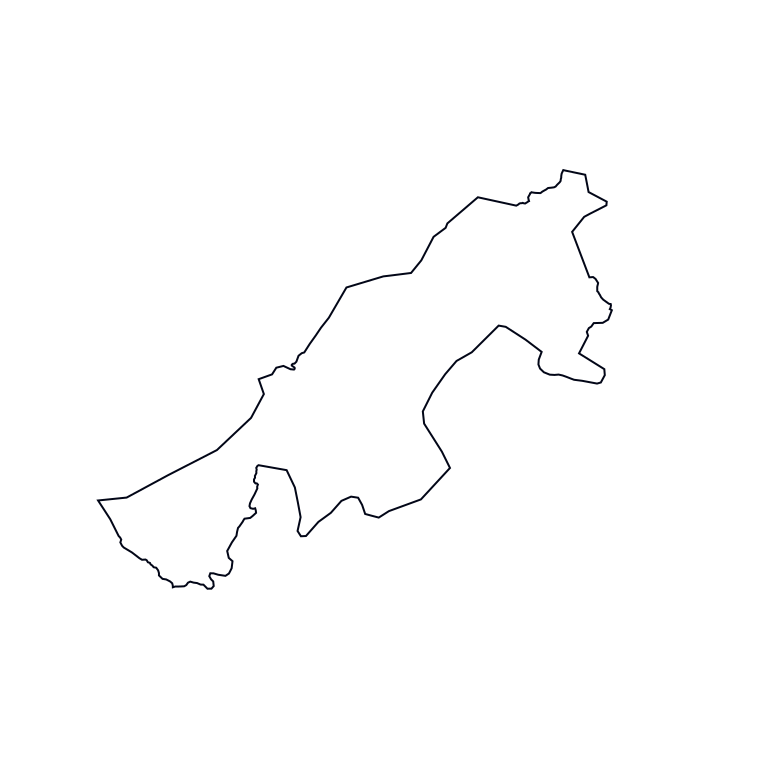 the district of Mopti, Mopti, Mali, rotated 211°
{"feature_id": "8926073B6997954969747", "entity_name": "Mopti", "entity_type": "district", "adm_level": 2, "iso_a3": "MLI", "parent_name": "Mali", "parent_adm1": "Mopti", "projection": "natural_earth1", "projection_center": [-4.123, 14.758], "detail": "fine", "context": "isolated", "style": "outline", "palette": "ink", "viewbox_px": 768, "rotation_deg": 211, "n_neighbors": 0, "source": "geoboundaries", "source_scale": "gbopen_adm2", "svg_char_len": 3358}
<svg xmlns="http://www.w3.org/2000/svg" viewBox="0 0 768 768"><g transform="rotate(211 384 384)"><path d="M493.9,323.6L481.8,313.5L480.5,286.5L493.2,241.3L522.2,194.5L546.1,154.1L569.1,136.9L549.0,127.1L533.1,117.0L531.1,116.5L529.1,115.3L528.4,112.4L525.1,110.4L522.8,109.8L513.4,109.8L503.9,108.7L500.9,108.7L498.0,110.7L496.6,110.7L494.6,109.6L492.5,110.1L491.2,109.2L488.9,109.0L487.1,108.3L484.6,109.2L481.6,107.9L479.5,106.0L478.3,104.0L476.1,103.5L473.5,102.9L470.0,104.3L465.7,104.6L462.9,104.1L461.2,102.4L460.3,101.0L458.7,102.8L454.2,105.6L451.1,107.7L449.9,109.8L449.7,112.7L448.3,114.8L444.9,115.7L441.7,117.1L438.0,117.6L435.4,119.0L429.9,117.6L426.5,119.7L425.9,123.1L428.7,126.8L431.6,127.5L434.8,129.3L435.4,132.3L432.6,133.9L427.9,135.1L421.1,137.9L419.3,141.7L419.7,147.6L422.6,154.1L427.5,155.0L432.4,160.1L432.8,169.9L432.3,177.9L433.8,181.6L435.0,185.5L434.6,187.4L434.2,193.2L434.2,193.6L434.3,194.5L434.2,196.7L432.7,197.9L429.7,200.3L429.4,201.1L428.6,203.3L427.3,207.7L428.9,209.7L430.0,210.7L430.4,211.1L431.0,210.5L431.9,209.6L434.5,208.8L436.4,210.0L437.4,212.7L437.9,216.8L438.1,222.6L438.8,229.3L439.4,230.0L439.8,230.6L440.0,231.4L440.3,232.9L441.9,233.3L442.9,232.6L443.0,232.6L445.1,233.3L446.3,235.3L446.3,237.3L447.3,238.7L447.5,241.9L448.3,243.1L448.6,243.6L449.0,245.0L450.3,246.3L450.3,248.6L450.1,249.0L449.7,249.8L423.1,260.0L407.1,249.4L397.0,238.3L386.9,226.9L382.4,213.5L376.8,210.7L372.6,213.5L369.2,232.0L363.2,246.2L360.3,261.9L354.2,270.5L347.6,273.2L340.5,269.1L333.2,262.9L326.5,264.8L319.7,266.8L314.3,277.6L292.9,304.1L284.2,346.0L299.5,355.8L329.2,370.7L336.6,380.5L338.2,401.4L336.6,423.9L333.7,441.1L325.1,456.4L315.8,493.1L309.1,495.7L285.5,494.9L265.4,492.7L263.9,484.6L261.7,480.3L258.2,477.6L253.0,476.4L246.7,477.4L242.5,479.6L239.2,482.0L235.3,483.3L231.3,484.1L226.6,484.9L223.3,485.5L215.8,488.8L201.6,494.1L198.9,497.0L199.3,505.3L202.8,510.2L232.6,510.7L233.9,530.5L237.0,533.1L237.2,537.4L235.9,540.0L235.6,544.2L228.0,549.1L225.0,554.7L226.7,564.6L229.0,564.5L229.1,566.0L230.0,568.4L230.9,569.3L231.2,569.1L232.0,568.8L232.6,568.6L239.5,569.2L242.5,570.1L244.9,571.6L245.5,571.9L246.1,572.1L246.6,572.4L247.3,573.0L249.0,573.4L251.2,577.0L251.7,578.4L251.9,579.2L252.5,580.9L256.0,582.6L256.5,582.9L256.7,583.0L259.1,583.3L259.6,583.4L260.1,583.2L261.2,582.4L262.9,581.2L301.1,611.3L298.5,630.4L295.3,635.8L285.4,651.7L287.0,655.0L307.5,653.9L313.6,660.7L319.3,667.0L338.3,660.4L340.5,659.7L340.1,655.9L339.2,653.6L338.3,652.0L338.0,650.7L337.2,649.0L337.3,647.4L338.2,644.0L338.6,641.6L339.3,640.6L339.5,640.2L341.5,638.6L344.3,636.5L345.4,633.8L346.0,632.9L347.5,630.2L347.9,628.9L348.4,628.1L352.1,626.1L353.3,625.5L356.0,624.4L356.4,624.3L356.6,623.2L357.0,622.6L356.7,622.0L356.7,621.2L356.6,618.3L355.8,617.4L355.3,616.8L353.9,615.5L354.4,614.9L354.5,614.3L355.0,613.3L356.0,611.4L357.2,610.9L358.4,610.7L358.7,610.2L360.3,609.1L360.9,608.4L361.4,606.9L362.5,605.0L399.7,592.4L412.4,554.3L411.6,549.6L417.3,535.7L415.7,509.2L418.0,493.1L435.2,479.6L440.0,475.9L456.0,458.3L465.9,447.4L465.4,412.4L467.0,399.8L467.5,390.3L468.3,380.3L468.6,370.0L470.4,368.0L471.8,364.2L470.6,358.0L471.2,355.4L472.5,354.4L473.0,353.1L472.6,352.3L469.1,352.0L468.4,351.1L468.6,350.0L471.8,348.5L479.5,347.7L484.7,342.5L484.9,334.6L493.9,323.6Z" fill="none" stroke="#020617" stroke-width="2"/></g></svg>